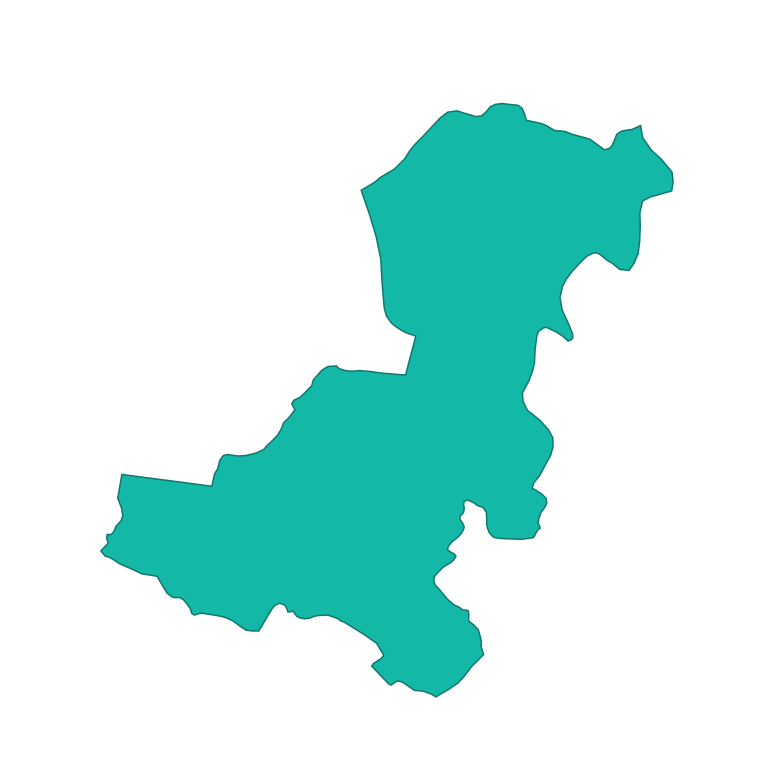 the district of Al-Kadhmiyah, Sala ad-Din, Iraq, rotated 10°
{"feature_id": "34846034B5863384083959", "entity_name": "Al-Kadhmiyah", "entity_type": "district", "adm_level": 2, "iso_a3": "IRQ", "parent_name": "Iraq", "parent_adm1": "Sala ad-Din", "projection": "natural_earth1", "projection_center": [44.187, 33.463], "detail": "fine", "context": "isolated", "style": "filled", "palette": "teal", "viewbox_px": 768, "rotation_deg": 10, "n_neighbors": 0, "source": "geoboundaries", "source_scale": "gbopen_adm2", "svg_char_len": 4425}
<svg xmlns="http://www.w3.org/2000/svg" viewBox="0 0 768 768"><g transform="rotate(10 384 384)"><path d="M605.6,229.5L609.2,222.0L611.6,211.6L611.1,199.9L608.8,183.3L606.3,171.3L606.8,159.1L608.3,157.8L613.9,153.5L623.6,148.8L624.4,148.4L633.8,143.9L633.8,141.5L633.6,134.8L632.2,129.9L630.8,125.2L625.9,121.1L618.0,114.5L613.0,111.3L606.7,107.3L600.3,100.8L595.9,96.4L591.8,84.9L584.0,90.3L579.2,91.7L573.6,94.0L569.9,97.7L567.3,109.5L565.1,112.9L560.4,115.1L544.1,107.1L540.2,106.7L531.0,105.9L526.1,105.5L522.1,104.6L518.6,103.9L514.8,104.1L507.9,104.7L499.5,101.5L493.4,100.1L487.8,99.9L478.5,99.6L474.8,92.4L472.2,88.7L467.8,86.3L464.1,86.5L458.6,86.9L451.6,87.3L445.3,89.2L440.6,92.4L437.5,98.0L433.4,103.1L427.8,104.7L422.6,104.0L414.3,103.1L408.5,102.3L399.6,105.2L393.3,112.0L386.8,121.9L380.3,131.9L372.1,143.9L368.6,150.3L365.4,158.5L360.7,165.2L358.4,168.4L356.7,170.8L352.8,174.1L344.8,180.9L340.2,186.5L335.0,191.1L327.9,197.1L332.1,204.8L340.8,220.5L351.3,241.6L352.5,244.7L352.5,244.8L359.3,262.0L360.5,267.4L362.3,275.0L364.7,285.2L368.4,299.3L371.0,308.9L372.6,312.5L374.7,316.7L380.9,322.8L385.4,325.3L391.6,328.0L396.8,329.7L407.0,331.3L403.7,371.3L400.2,371.8L385.0,373.2L381.1,373.6L367.7,374.1L356.9,375.1L352.7,376.4L348.9,377.2L343.9,377.5L340.1,377.0L337.1,376.7L333.9,374.5L325.9,376.4L320.4,381.2L317.2,386.5L313.7,392.2L313.1,398.3L307.0,407.1L304.8,410.1L303.5,411.9L298.1,415.6L296.6,419.4L300.7,425.0L299.5,427.2L296.8,432.5L295.0,435.4L291.8,439.6L290.7,445.8L288.6,451.7L288.3,452.4L284.2,458.8L279.8,464.4L276.8,469.5L271.4,473.3L267.8,475.3L263.6,477.0L259.9,478.6L253.4,480.1L253.1,480.2L241.9,480.7L238.2,482.3L235.6,487.6L235.3,491.3L235.1,494.0L234.9,496.4L232.7,502.3L232.5,506.3L232.3,514.6L220.6,515.1L210.5,515.5L179.5,516.9L167.2,517.5L141.6,518.6L141.6,542.6L147.0,551.7L149.6,558.9L148.9,564.2L144.8,570.6L143.7,576.2L141.1,579.9L137.4,580.2L137.9,584.7L140.0,588.5L134.2,597.5L139.4,602.0L143.5,602.3L148.4,604.1L154.1,606.7L161.4,608.6L167.9,610.0L172.7,611.4L179.0,613.1L186.6,612.8L194.2,612.8L196.5,615.9L204.4,625.0L206.6,627.6L212.0,630.4L215.2,630.7L218.9,629.9L220.2,629.9L224.2,631.4L228.4,635.1L232.0,638.6L234.5,643.3L237.2,644.5L240.1,643.1L242.5,641.7L247.3,641.2L251.5,641.2L259.7,641.0L265.6,641.2L270.6,641.9L276.9,643.8L284.9,647.8L291.0,650.4L297.1,650.1L303.6,649.0L305.7,643.6L309.6,633.0L312.8,624.8L315.1,620.8L319.3,618.0L323.7,618.7L325.8,619.9L327.5,622.4L329.0,625.3L330.4,624.8L333.6,623.6L335.5,625.0L338.2,627.8L342.0,629.0L346.6,629.0L351.2,627.6L355.4,625.0L359.6,623.4L368.8,621.3L379.3,623.1L382.7,625.0L385.8,625.3L392.8,628.1L408.1,634.2L421.9,640.7L426.1,645.7L430.8,651.1L428.9,654.8L422.0,661.2L420.9,664.0L441.0,678.8L443.6,679.2L445.9,676.4L448.8,674.1L453.7,674.3L462.9,678.5L467.1,680.4L475.9,679.7L484.2,681.1L489.5,683.1L493.1,679.9L497.2,676.5L498.6,675.4L500.5,673.7L508.7,665.7L513.7,658.1L519.1,647.5L529.1,633.1L527.0,629.2L525.2,625.6L524.9,622.1L523.4,617.6L519.7,609.9L515.2,606.3L508.5,602.6L508.1,600.4L507.5,596.0L506.4,592.8L504.5,592.4L500.8,592.8L496.4,590.6L491.4,589.4L484.0,585.0L474.5,577.0L469.0,572.7L467.0,568.6L467.3,564.3L470.4,559.3L474.2,553.9L480.1,548.9L483.0,545.4L484.8,541.2L482.4,539.0L478.1,537.7L475.2,536.1L475.7,532.3L478.4,527.6L481.1,524.6L483.5,521.8L486.2,517.4L487.7,513.2L487.7,510.5L485.6,507.4L482.3,504.1L482.0,500.8L484.6,497.0L484.7,492.9L483.3,488.7L483.5,485.4L486.3,483.8L489.3,484.4L491.7,485.0L494.3,485.8L496.8,487.4L499.8,487.9L501.7,488.0L502.5,488.1L505.0,490.4L507.2,492.8L508.0,496.4L508.9,500.5L509.6,504.9L511.8,509.5L513.9,512.6L518.3,515.7L520.6,516.1L527.0,515.7L538.5,514.1L546.1,513.2L553.1,510.9L557.6,509.4L558.8,506.7L560.6,501.3L562.8,498.9L561.9,496.8L560.1,494.7L559.7,490.8L560.8,483.6L564.0,476.9L565.0,472.8L563.5,468.5L558.6,465.0L551.9,462.2L548.0,460.8L548.7,455.3L553.0,447.6L553.2,447.3L557.0,435.4L560.5,425.1L561.4,416.3L559.5,407.6L554.3,400.9L543.7,392.5L529.8,385.0L524.0,377.1L521.9,368.9L523.2,364.8L526.2,355.6L528.1,344.8L528.5,336.9L526.8,323.8L526.2,309.8L527.0,305.4L531.2,301.0L534.4,300.0L539.3,301.4L544.4,302.7L551.9,306.0L558.0,309.7L560.3,308.2L562.0,305.8L561.0,301.9L556.1,293.9L553.8,290.5L546.4,279.9L542.3,268.1L542.9,256.4L545.5,248.8L549.9,240.1L556.8,229.4L561.4,223.2L566.8,218.9L567.6,218.7L571.4,217.8L575.7,219.7L581.8,223.2L587.4,225.3L596.3,230.2L605.6,229.5Z" fill="#14b8a6" stroke="#0f766e" stroke-width="1.5"/></g></svg>